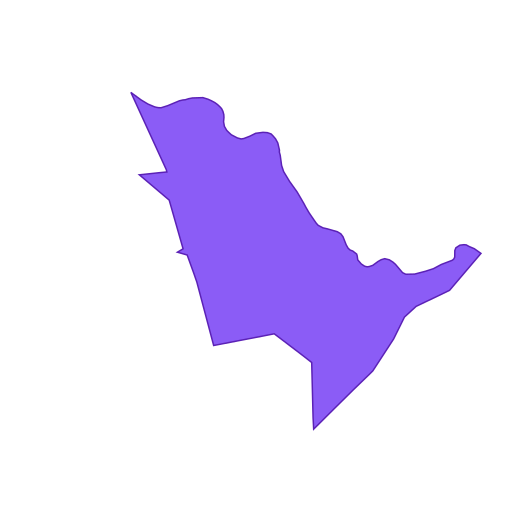 União, Piauí, Brazil (Natural Earth projection), rotated 121°
{"feature_id": "56859067B60196329024429", "entity_name": "União", "entity_type": "district", "adm_level": 2, "iso_a3": "BRA", "parent_name": "Brazil", "parent_adm1": "Piauí", "projection": "natural_earth1", "projection_center": [-42.867, -4.62], "detail": "fine", "context": "isolated", "style": "filled", "palette": "violet", "viewbox_px": 512, "rotation_deg": 121, "n_neighbors": 0, "source": "geoboundaries", "source_scale": "gbopen_adm2", "svg_char_len": 1696}
<svg xmlns="http://www.w3.org/2000/svg" viewBox="0 0 512 512"><g transform="rotate(121 256 256)"><path d="M180.2,447.5L228.3,377.2L229.9,375.7L233.8,381.0L246.5,397.8L252.8,359.2L258.4,353.2L287.4,322.2L293.2,325.3L290.6,315.5L303.2,300.0L306.4,296.2L308.8,293.3L354.5,246.2L320.8,208.6L313.3,200.3L314.5,189.2L317.2,164.8L318.6,153.4L365.2,123.8L374.7,117.4L346.9,110.4L320.3,103.6L297.1,97.4L294.3,96.7L256.3,95.3L231.9,97.3L230.2,96.8L216.7,92.8L208.8,87.6L198.1,80.5L185.7,72.4L137.9,64.5L137.7,67.3L137.3,72.6L138.1,78.4L138.2,81.5L139.2,83.6L141.7,86.8L146.0,88.9L148.9,88.4L154.6,85.1L156.6,84.9L158.5,85.5L167.8,92.8L175.5,97.4L181.7,102.8L189.8,110.7L194.5,118.2L194.8,121.8L191.3,132.2L190.7,135.5L190.6,139.8L192.0,144.3L194.7,146.8L197.9,148.6L203.9,151.1L206.7,153.5L208.0,155.1L208.8,157.6L208.6,161.7L206.9,166.8L203.8,169.3L202.5,170.7L201.9,175.6L202.4,178.3L201.9,181.0L200.0,184.4L194.7,191.3L193.3,194.7L193.3,198.8L196.0,208.9L197.4,213.2L197.7,218.5L196.8,221.4L195.0,225.4L192.8,230.2L191.6,232.8L190.4,235.0L188.3,238.8L186.7,241.4L183.1,247.9L179.9,253.8L174.8,265.6L169.4,275.8L165.2,280.7L157.2,287.1L154.9,289.5L153.2,290.4L147.9,295.5L145.5,299.6L144.3,303.2L143.6,305.9L144.4,309.8L146.4,313.7L151.0,319.5L156.5,323.0L161.5,326.9L163.3,329.0L164.4,332.8L164.8,339.6L164.1,343.0L163.4,345.8L161.2,349.8L157.7,352.9L153.8,354.8L151.4,356.4L149.0,358.9L147.4,361.4L146.7,363.7L146.0,367.0L145.7,370.4L145.9,374.2L146.3,377.8L147.6,383.1L153.3,391.9L155.8,394.7L158.5,397.1L159.9,399.0L162.4,401.6L172.6,409.1L177.8,413.7L179.0,415.8L179.8,417.8L180.4,419.8L181.4,426.9L181.4,434.8L180.5,444.7L180.2,447.5Z" fill="#8b5cf6" stroke="#5b21b6" stroke-width="1.5"/></g></svg>